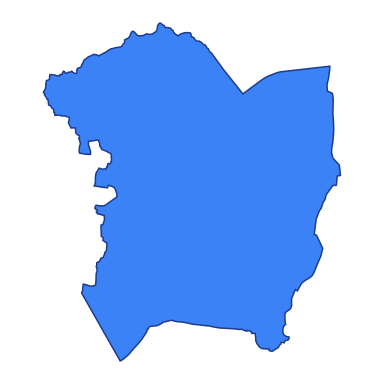 Nong Saeng, Saraburi, Thailand (Natural Earth projection)
{"feature_id": "78962969B44780208263164", "entity_name": "Nong Saeng", "entity_type": "district", "adm_level": 2, "iso_a3": "THA", "parent_name": "Thailand", "parent_adm1": "Saraburi", "projection": "natural_earth1", "projection_center": [100.788, 14.482], "detail": "fine", "context": "isolated", "style": "filled", "palette": "blue", "viewbox_px": 384, "rotation_deg": 0, "n_neighbors": 0, "source": "geoboundaries", "source_scale": "gbopen_adm2", "svg_char_len": 5754}
<svg xmlns="http://www.w3.org/2000/svg" viewBox="0 0 384 384"><path d="M329.8,66.2L280.8,71.8L277.5,72.5L269.0,75.8L266.0,77.2L263.4,78.8L259.8,81.3L242.9,93.9L223.6,69.7L211.3,52.8L210.5,52.4L209.6,51.6L208.2,48.7L206.9,47.9L205.7,45.5L204.5,44.7L203.2,44.5L201.6,42.6L199.4,41.2L198.8,41.0L197.6,41.3L197.1,41.3L194.9,39.6L194.5,38.5L194.3,38.1L192.6,37.0L191.7,36.8L191.5,36.5L191.1,35.3L190.9,33.7L190.6,33.2L190.3,32.9L187.1,32.6L185.0,32.7L180.6,33.9L178.6,35.6L178.2,35.8L177.9,35.8L176.7,34.9L175.3,34.1L174.2,32.9L173.6,32.2L173.0,30.5L171.6,29.6L170.9,28.6L170.2,28.0L167.0,27.5L165.1,27.5L164.9,27.1L164.1,25.4L162.4,24.8L160.9,23.3L160.0,23.0L159.4,23.3L158.7,24.0L157.7,25.4L157.4,26.9L157.0,30.1L156.8,30.4L155.5,31.9L152.7,33.7L151.7,34.1L148.7,34.4L148.1,34.3L147.1,33.8L146.6,33.8L146.2,33.9L144.3,35.1L143.3,35.5L140.6,35.8L138.4,35.7L137.7,35.5L137.0,35.0L135.4,33.2L134.0,31.8L133.1,31.3L132.5,31.3L131.9,31.7L131.1,32.8L130.8,33.4L130.0,35.9L128.6,37.8L127.5,38.6L126.2,39.0L124.6,40.0L124.5,40.4L124.6,42.0L124.5,42.7L123.4,43.7L122.0,45.8L121.3,46.7L118.8,47.2L115.1,47.8L113.2,48.4L110.9,48.8L109.6,49.7L108.1,50.4L106.2,51.9L100.5,54.8L99.1,55.8L98.6,55.8L97.1,54.9L94.0,54.4L93.1,54.6L91.2,55.7L88.5,56.7L86.9,57.9L85.5,59.2L84.0,60.0L83.2,62.5L82.0,64.2L81.6,65.0L81.1,66.8L80.9,67.2L80.1,67.6L78.1,68.0L77.5,68.4L76.7,70.2L76.7,70.7L77.0,71.5L77.1,72.1L76.9,72.8L76.5,73.3L75.7,73.5L74.2,73.1L73.1,72.5L72.0,71.4L71.6,71.2L70.4,72.1L68.3,72.2L66.6,73.1L65.6,73.3L65.2,73.1L65.0,72.9L64.5,71.6L63.7,71.1L63.0,71.9L62.7,72.8L62.4,73.1L62.1,74.4L61.5,74.6L60.1,74.5L59.9,75.5L59.4,75.9L59.1,76.0L58.0,75.6L56.6,75.8L54.7,74.9L53.4,75.0L53.0,74.8L50.0,74.5L49.8,75.6L49.5,76.6L49.6,78.8L48.7,79.8L47.2,80.4L46.4,80.6L46.1,82.8L45.8,83.8L45.8,85.9L45.6,87.4L45.8,88.0L45.6,88.4L44.2,90.9L43.5,91.6L43.5,92.7L44.8,93.5L44.5,94.4L44.5,94.8L46.0,97.0L47.2,99.4L48.1,99.7L48.6,105.0L49.0,105.2L50.4,105.6L51.3,107.1L52.5,108.7L53.8,109.6L53.8,112.3L54.0,112.6L54.7,112.9L54.7,115.0L54.8,115.2L55.6,115.3L58.8,115.1L62.3,116.0L65.2,116.0L69.3,117.5L69.4,118.1L68.5,122.5L68.5,123.0L71.0,128.0L72.6,127.9L75.5,128.0L75.7,131.4L75.6,132.6L76.9,134.3L79.4,135.8L79.6,137.3L79.0,137.6L78.8,138.7L79.0,139.3L79.7,140.4L80.4,143.9L80.3,144.4L79.7,145.6L79.1,149.7L79.3,152.2L79.6,153.2L85.9,154.2L88.7,154.4L90.5,154.3L90.5,151.4L89.5,148.1L89.1,146.5L88.4,144.8L88.5,141.3L89.5,141.3L97.4,140.1L98.8,140.2L98.8,141.7L99.5,143.0L99.7,143.5L99.6,144.4L99.8,146.2L101.0,147.7L101.7,149.4L107.2,151.6L108.1,152.3L110.8,153.5L111.0,153.7L111.6,160.7L110.9,161.4L110.7,162.9L110.5,163.2L109.4,163.9L108.3,163.5L107.7,163.9L107.4,165.5L107.6,165.8L107.4,167.0L106.5,167.1L106.2,169.0L105.6,169.1L104.3,168.8L102.7,169.3L99.1,168.1L96.3,172.8L95.9,173.9L95.6,175.5L95.4,178.4L95.4,182.2L95.1,183.6L94.9,184.0L94.9,184.9L94.2,185.9L101.0,187.0L107.4,187.8L107.6,187.6L108.1,185.6L108.3,185.4L109.5,185.6L112.0,186.4L112.9,186.9L114.8,188.1L116.8,193.8L117.0,196.7L116.9,196.9L104.7,205.6L102.1,205.9L99.4,205.8L96.1,205.2L95.1,206.8L95.1,207.6L94.8,208.0L94.8,208.3L95.6,208.7L96.2,209.8L97.3,210.0L97.4,211.1L96.3,212.0L97.8,214.1L98.1,214.1L98.7,213.8L100.0,213.8L100.0,214.3L100.8,214.5L101.3,214.8L104.2,215.4L104.2,217.4L104.5,219.2L104.2,220.6L103.0,224.2L102.9,224.7L101.2,224.9L101.1,225.1L101.0,227.3L101.3,234.4L101.3,236.4L103.5,238.1L102.8,240.3L107.0,243.3L106.4,250.6L106.0,251.4L105.7,251.7L104.6,252.5L104.7,253.4L104.6,254.0L103.1,257.4L102.8,257.6L101.1,258.0L99.4,261.4L96.9,262.6L96.7,262.9L96.8,264.8L96.2,266.9L96.6,267.3L96.7,268.2L97.2,270.6L96.2,273.8L96.0,278.5L96.0,280.7L95.7,282.8L95.8,285.0L93.2,285.9L90.7,286.2L83.8,284.1L83.4,284.1L83.1,284.5L82.6,290.2L81.6,293.0L120.2,361.0L122.4,359.8L124.7,358.0L128.8,354.4L132.6,349.8L137.9,344.1L141.4,339.8L143.5,336.8L146.8,331.7L147.1,329.6L147.2,329.4L147.9,329.3L148.2,329.1L149.0,327.2L150.1,326.4L156.3,325.8L157.8,325.4L162.3,323.1L162.4,322.6L162.8,322.3L169.0,320.9L171.0,320.2L172.2,320.4L174.3,321.1L177.4,321.7L182.4,322.1L186.8,322.9L192.9,324.3L198.6,324.8L204.8,325.6L208.9,325.9L212.3,326.7L219.8,328.0L232.7,328.7L240.0,329.5L240.9,329.3L241.8,329.3L246.8,331.3L247.2,330.4L247.4,330.3L251.1,331.6L251.3,331.8L251.5,333.2L251.7,333.4L255.1,333.4L255.5,335.9L255.6,337.3L255.9,339.4L255.6,340.4L257.4,344.5L258.2,344.8L259.0,346.5L259.5,347.0L260.9,348.1L262.2,348.6L267.0,349.0L268.8,348.5L269.0,348.8L269.0,350.2L269.1,350.5L269.9,350.8L272.1,351.4L278.2,347.6L278.6,347.1L279.3,345.3L280.3,344.6L280.8,344.1L280.9,343.6L280.8,342.8L280.9,342.5L282.0,342.3L282.8,342.5L283.6,342.8L284.3,342.8L284.6,341.4L284.9,341.1L285.6,340.7L286.3,340.2L287.8,340.2L288.2,339.9L288.5,339.2L289.0,338.6L289.2,338.2L289.1,337.7L288.8,336.8L286.8,336.7L285.0,335.7L283.9,334.7L283.6,334.3L283.2,333.4L282.9,332.1L283.0,329.0L283.4,327.1L284.1,325.9L284.6,325.3L284.9,325.0L285.7,324.5L285.3,323.0L284.9,318.1L285.0,314.2L285.3,313.2L285.7,312.4L286.1,312.0L289.9,309.3L290.5,308.7L291.7,305.4L291.5,303.1L291.6,299.1L291.8,298.1L295.3,289.6L297.4,290.9L299.7,286.6L301.2,284.0L301.9,283.0L304.5,280.9L310.1,277.4L311.9,275.9L312.6,275.0L314.3,271.8L317.8,263.0L320.7,256.5L321.4,254.0L322.7,248.4L316.7,235.5L316.3,235.1L314.4,234.5L314.3,234.3L316.1,219.4L319.3,210.9L321.1,208.5L323.1,202.4L325.1,199.4L325.5,197.6L325.8,196.1L326.3,194.8L326.9,193.8L332.7,185.7L333.0,185.5L336.2,185.3L336.4,185.2L337.2,176.0L340.3,175.5L340.5,175.3L339.4,165.6L339.1,164.9L333.2,158.4L332.7,157.5L331.5,152.3L331.9,147.1L332.8,142.2L333.4,135.8L333.7,130.3L333.7,127.8L333.4,120.1L332.9,114.6L333.2,99.7L332.9,95.9L332.3,93.3L327.1,90.8L327.3,88.6L327.1,87.2L327.0,85.7L327.4,82.9L328.4,78.7L329.4,72.0L329.8,68.7L329.8,66.2Z" fill="#3b82f6" stroke="#1e3a8a" stroke-width="1.5"/></svg>